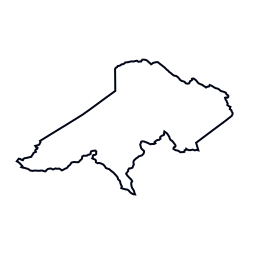 Senador Pompeu, Ceará, Brazil, rotated 289°
{"feature_id": "56859067B61767326792453", "entity_name": "Senador Pompeu", "entity_type": "district", "adm_level": 2, "iso_a3": "BRA", "parent_name": "Brazil", "parent_adm1": "Ceará", "projection": "equal_earth", "projection_center": [-39.469, -5.578], "detail": "fine", "context": "isolated", "style": "outline", "palette": "ink", "viewbox_px": 256, "rotation_deg": 289, "n_neighbors": 0, "source": "geoboundaries", "source_scale": "gbopen_adm2", "svg_char_len": 3937}
<svg xmlns="http://www.w3.org/2000/svg" viewBox="0 0 256 256"><g transform="rotate(289 128 128)"><path d="M191.3,212.2L192.0,210.0L193.2,209.0L193.4,207.2L193.3,205.4L193.2,203.7L193.8,202.3L194.3,200.9L194.4,199.6L194.2,198.1L194.4,196.5L194.9,194.6L195.1,193.1L195.3,191.3L193.6,191.0L192.9,189.6L191.7,188.6L192.2,187.2L192.4,185.9L193.0,184.2L193.0,182.0L193.3,180.0L194.4,178.1L195.3,176.7L195.9,174.9L196.1,173.5L195.4,172.5L194.4,173.0L193.5,172.5L192.4,171.4L191.2,171.4L190.1,171.2L189.3,170.0L189.1,168.0L190.1,166.4L190.1,165.0L190.0,163.3L190.4,161.7L191.3,160.4L192.3,158.6L192.9,156.5L192.5,154.5L193.0,152.7L193.8,150.9L194.4,148.8L195.3,147.2L195.8,145.6L197.1,143.0L197.6,141.5L198.1,140.2L198.6,138.6L199.2,136.8L200.0,134.7L199.4,133.2L198.6,131.9L197.8,130.6L196.7,129.9L195.8,129.2L196.3,128.0L197.0,126.3L197.6,125.0L198.1,123.6L198.1,122.3L197.8,120.6L197.2,119.3L196.2,118.9L195.2,118.8L194.7,117.6L194.0,116.3L194.5,114.5L193.5,112.8L192.7,111.8L192.4,110.4L191.6,108.6L190.3,106.8L189.6,105.2L189.0,104.0L187.9,103.6L186.8,102.6L186.0,101.1L184.7,100.4L183.8,99.2L183.2,98.1L182.0,97.9L180.9,96.8L179.5,96.6L164.3,102.0L158.9,103.9L148.1,96.3L133.5,86.2L128.6,82.7L126.2,81.0L108.1,66.3L107.1,65.4L90.4,51.7L87.1,49.0L86.2,49.9L84.7,49.6L83.5,49.5L82.3,48.3L80.9,46.1L80.0,47.3L79.8,48.9L78.7,48.9L77.7,47.8L76.7,47.6L75.5,48.7L74.5,47.5L73.5,46.8L71.8,46.5L70.3,46.0L69.3,46.0L68.5,44.6L67.4,43.0L66.6,41.6L65.9,40.3L64.7,39.1L63.4,39.1L63.2,37.7L63.6,36.3L63.4,34.7L61.8,34.2L60.3,33.7L59.8,36.3L58.9,38.0L58.3,39.3L57.5,40.6L56.3,39.9L56.2,41.4L56.6,43.0L56.7,46.1L56.6,47.6L56.0,49.3L56.3,51.5L57.5,53.9L58.6,58.0L59.5,59.7L59.9,61.2L59.8,62.6L60.2,64.2L61.4,64.5L63.4,65.8L64.6,68.3L64.4,70.6L65.3,71.7L66.1,72.5L66.4,74.4L67.2,76.0L67.0,77.5L66.4,79.3L67.2,80.2L68.8,81.5L70.1,83.1L71.0,83.6L72.4,83.9L74.1,85.1L75.8,85.6L76.8,85.7L77.6,86.9L78.3,88.1L79.0,90.7L79.5,92.2L80.7,92.9L81.8,93.3L83.4,94.3L84.4,94.4L86.2,94.0L87.4,95.2L87.9,96.7L88.5,98.2L89.8,99.1L90.3,100.2L91.4,101.1L92.7,100.7L93.8,100.7L94.8,101.9L95.5,103.4L96.0,104.5L95.5,105.6L94.2,106.0L93.0,106.4L91.7,105.5L91.2,104.1L90.0,103.8L88.7,104.4L87.7,104.0L87.4,105.3L87.5,106.9L87.0,108.1L85.2,108.8L84.8,110.6L85.5,112.0L85.7,114.3L85.3,116.8L84.3,118.5L83.0,120.1L82.9,122.2L83.0,123.6L82.5,124.7L81.9,126.2L81.2,128.5L79.8,131.2L78.6,133.3L77.7,134.5L76.5,135.1L75.9,136.2L75.3,137.6L74.1,138.3L72.2,139.7L70.8,141.2L69.0,141.2L69.0,143.7L69.2,145.8L69.5,147.1L69.3,148.8L68.6,149.8L67.5,152.0L67.1,154.5L67.5,156.3L68.9,155.1L70.4,154.2L71.6,152.8L72.5,151.6L73.6,150.7L74.6,150.0L75.5,149.6L77.1,148.9L79.1,149.3L80.4,147.6L81.6,145.1L82.9,142.7L84.2,141.1L85.8,141.6L87.3,142.1L88.6,141.8L90.1,142.2L91.0,144.1L92.1,145.2L93.5,145.1L95.3,145.4L96.7,144.6L98.0,144.1L99.5,144.3L100.7,145.0L101.8,145.5L103.4,146.8L104.8,147.5L105.7,148.8L106.7,150.1L108.9,151.1L110.3,151.0L111.5,150.6L112.0,149.4L112.9,147.4L113.8,146.6L114.9,145.9L116.1,145.0L118.0,145.0L119.4,145.0L120.1,146.0L120.5,147.6L120.4,148.9L120.4,150.5L120.2,152.5L119.9,154.5L120.7,155.8L121.3,157.7L122.4,158.9L123.3,157.7L124.8,158.5L126.1,159.6L126.9,161.2L128.4,162.2L129.7,161.4L130.8,161.9L131.7,162.6L132.6,163.6L133.4,164.3L134.6,163.9L135.6,163.6L136.6,163.5L136.1,165.1L135.5,166.8L134.6,168.0L133.9,168.9L133.1,169.9L131.9,170.7L130.7,171.9L130.1,174.1L129.3,175.4L128.3,176.9L127.0,178.6L125.7,178.8L124.6,177.6L123.1,177.7L122.5,180.1L122.8,181.9L122.8,183.4L122.1,185.3L123.0,187.5L123.8,189.1L125.4,188.8L126.3,189.9L127.3,189.8L126.9,191.1L126.8,192.5L127.5,194.5L128.6,196.1L128.6,198.4L129.6,199.9L129.8,201.8L136.2,197.2L152.9,208.5L165.2,216.9L173.0,222.0L174.3,222.3L175.3,222.3L176.3,222.0L177.5,220.5L178.6,219.8L179.0,218.1L180.1,217.9L181.3,218.0L181.5,216.0L182.1,214.4L183.6,214.3L184.7,213.1L185.7,212.4L186.6,211.1L188.2,209.9L188.9,211.0L189.1,212.3L190.1,212.7L191.3,212.2Z" fill="none" stroke="#020617" stroke-width="2"/></g></svg>